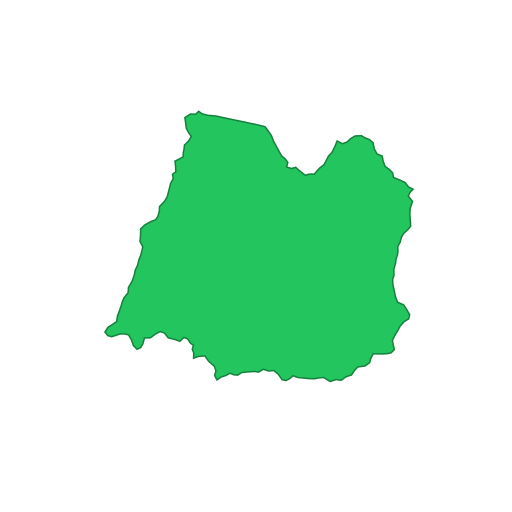 outline of Santa Isabel, São Paulo, Brazil, rotated 147°
{"feature_id": "56859067B62308416840067", "entity_name": "Santa Isabel", "entity_type": "district", "adm_level": 2, "iso_a3": "BRA", "parent_name": "Brazil", "parent_adm1": "São Paulo", "projection": "albers", "projection_center": [-46.238, -23.295], "detail": "fine", "context": "isolated", "style": "filled", "palette": "green", "viewbox_px": 512, "rotation_deg": 147, "n_neighbors": 0, "source": "geoboundaries", "source_scale": "gbopen_adm2", "svg_char_len": 2650}
<svg xmlns="http://www.w3.org/2000/svg" viewBox="0 0 512 512"><g transform="rotate(147 256 256)"><path d="M233.7,410.8L240.3,410.8L242.4,406.2L244.9,401.1L245.3,396.1L245.2,391.5L250.3,389.0L255.6,388.0L258.0,385.0L260.8,382.2L263.0,378.9L267.4,379.1L272.3,379.7L274.6,375.0L277.5,370.2L281.6,370.0L283.1,366.1L288.1,363.4L292.7,359.1L298.3,353.9L303.3,351.6L310.0,350.0L312.8,346.1L316.8,342.6L320.6,341.1L325.8,342.2L332.8,342.6L338.0,341.5L341.9,335.8L345.4,331.4L345.9,325.4L352.0,319.6L356.5,316.4L360.3,312.8L364.7,310.1L368.0,306.8L373.0,302.7L376.3,301.0L380.1,299.1L383.3,294.8L389.4,292.9L393.2,290.3L396.2,287.7L400.4,284.4L404.8,281.2L408.6,276.9L414.1,276.8L419.1,276.8L424.1,274.5L423.7,270.0L421.0,266.9L416.8,265.8L412.4,264.6L408.8,262.3L405.8,259.3L406.2,253.0L407.6,247.8L406.6,242.6L402.6,242.0L398.8,243.9L394.2,248.0L389.1,244.9L383.1,245.3L377.6,244.9L374.7,241.3L374.2,235.2L369.3,229.9L366.3,225.9L360.9,227.0L358.5,223.8L358.5,218.9L357.1,215.2L360.2,212.6L361.0,208.7L364.0,204.3L359.2,203.2L353.3,200.1L353.0,193.2L351.0,186.3L352.2,181.4L355.8,178.3L356.2,173.3L351.2,173.5L346.4,172.2L341.6,171.8L339.4,168.5L336.3,166.1L331.3,166.0L324.8,162.6L319.9,159.8L317.1,157.2L311.5,157.0L308.1,152.7L303.4,150.2L301.7,144.6L301.5,138.0L298.6,135.2L294.4,134.8L290.3,135.5L287.0,131.2L283.8,128.7L279.0,124.8L274.0,121.3L269.9,119.6L265.4,117.2L262.2,110.4L256.0,108.7L252.4,105.4L246.2,105.7L240.7,104.2L236.1,106.2L231.1,107.5L224.5,104.4L218.7,104.7L215.5,107.6L210.9,110.1L206.6,107.2L202.8,104.7L199.1,102.6L195.4,101.2L190.9,102.2L189.2,107.0L187.6,110.9L183.0,113.7L178.0,116.1L173.2,118.7L167.4,120.3L162.2,120.1L159.1,123.1L158.8,128.7L158.8,134.6L162.4,140.2L161.2,145.9L158.3,153.3L156.7,157.6L154.2,162.0L151.1,164.3L147.6,169.8L142.5,174.3L140.0,177.4L136.8,179.8L134.4,182.6L131.9,186.8L127.8,188.9L123.7,192.6L119.6,194.6L114.5,195.3L110.0,196.8L106.4,203.2L104.0,207.6L100.8,211.9L95.0,216.5L95.7,223.3L92.3,225.4L87.9,226.5L90.5,230.9L90.9,236.3L94.2,241.7L97.9,247.0L96.1,251.5L97.1,256.0L98.9,260.8L97.7,266.4L95.7,271.0L98.9,275.6L98.5,281.4L96.1,287.3L97.7,292.3L100.1,295.5L102.1,299.5L107.5,302.7L112.7,302.9L117.5,302.0L122.4,303.1L125.3,308.3L130.6,304.6L136.1,301.4L140.8,300.3L145.0,297.9L149.2,295.6L154.6,295.1L158.3,294.2L162.5,292.9L166.5,295.6L170.6,296.8L172.0,300.6L173.4,304.8L174.4,308.8L178.5,310.0L181.9,313.9L178.3,317.2L178.6,321.3L180.0,326.1L179.7,330.5L179.3,336.1L178.7,342.9L177.5,348.5L177.6,353.0L178.0,359.5L183.5,365.4L203.8,385.6L208.3,390.1L213.2,395.1L219.5,400.0L223.8,404.7L225.3,408.6L229.3,407.7L233.7,410.8Z" fill="#22c55e" stroke="#15803d" stroke-width="1.5"/></g></svg>